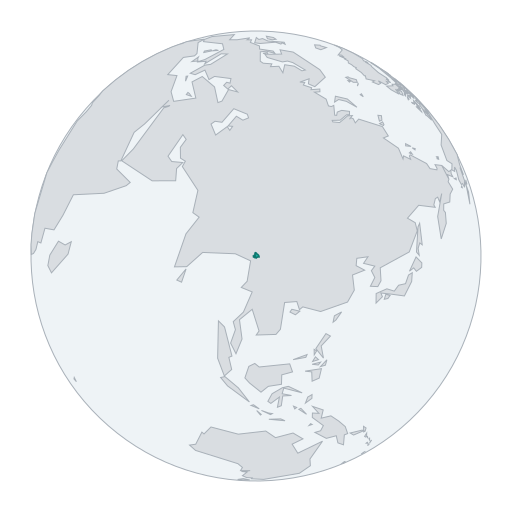 the Earth from above Sylhet, rotated 41°
{"feature_id": "BGD-2488", "entity_name": "Sylhet", "entity_type": "Division", "adm_level": 1, "iso_a3": "BGD", "parent_name": "Bangladesh", "parent_adm1": "", "projection": "orthographic", "projection_center": [91.663, 24.595], "detail": "medium", "context": "on_globe", "style": "filled", "palette": "teal", "viewbox_px": 512, "rotation_deg": 41, "n_neighbors": 0, "source": "natural_earth", "source_scale": "10m", "svg_char_len": 11519}
<svg xmlns="http://www.w3.org/2000/svg" viewBox="0 0 512 512"><g transform="rotate(41 256 256)"><circle cx="256" cy="256" r="225" fill="#eef3f6" stroke="#a8b0b8"/><path d="M341.9,47.7L341.2,47.5L349.7,53.4L359.3,58.6L351.8,55.4L374.5,68.3L383.5,76.6L369.1,65.4L364.4,63.0L368.4,67.3L364.4,65.8L364.1,67.3L359.0,65.4L350.9,59.8L347.5,58.6L350.5,61.8L347.3,62.5L343.4,57.8L337.4,58.7L322.9,50.8L316.4,42.4L304.2,38.9L286.4,33.1L283.8,33.1L275.4,31.8L269.3,31.5L267.8,31.2L264.3,31.4L266.9,31.8L266.2,32.2L262.8,32.2L260.2,31.6L261.5,31.4L259.0,31.3L259.2,31.1L257.2,31.2L254.5,30.8L252.2,31.4L245.8,31.3L245.4,31.1L252.0,30.8L255.2,30.7L273.0,31.4L290.6,33.4L308.1,36.8L325.2,41.6L341.9,47.7ZM367.0,63.1L364.3,60.9L368.3,63.6L367.0,63.1ZM364.9,67.9L366.9,69.1L365.9,69.4L364.9,67.9ZM357.1,67.0L354.9,67.5L355.8,65.9L357.1,67.0ZM252.4,30.7L252.0,30.8L250.0,30.8L252.4,30.7ZM352.6,67.1L347.2,68.9L351.2,71.5L336.8,65.8L346.2,65.8L346.7,63.3L349.2,65.8L352.6,67.1ZM269.1,32.0L266.2,31.5L271.7,31.9L269.1,32.0ZM272.8,32.2L290.8,34.3L293.4,35.5L286.9,34.3L292.8,36.3L285.2,35.8L280.3,34.6L280.1,33.8L277.3,34.3L272.8,32.2ZM329.7,62.6L327.2,62.5L328.3,61.6L329.7,62.6ZM266.3,32.4L269.7,32.5L272.3,33.4L265.9,33.4L267.1,33.1L266.3,32.4ZM298.0,37.2L298.8,38.2L292.9,38.0L292.3,38.4L285.3,35.9L298.0,37.2ZM264.9,32.9L262.6,33.5L258.4,33.2L263.2,32.4L264.9,32.9ZM275.6,33.8L276.5,34.3L273.9,34.0L275.6,33.8ZM242.1,33.2L246.1,32.9L247.7,33.3L242.1,33.2ZM262.1,33.7L263.5,33.9L264.6,34.1L262.3,34.5L262.1,33.7ZM281.6,36.1L279.0,36.0L284.2,37.1L280.0,37.3L276.0,35.7L275.9,36.5L274.6,36.6L272.9,35.3L281.6,36.1ZM263.3,35.7L256.8,34.3L249.0,34.5L247.3,34.1L260.2,33.8L263.3,35.7ZM269.1,35.5L265.1,35.4L265.0,34.7L267.7,34.3L269.1,35.5ZM278.5,38.2L286.0,38.2L286.6,38.6L278.5,38.2ZM261.1,35.8L262.7,36.2L260.5,35.9L261.1,35.8ZM273.2,37.5L275.8,37.4L276.4,37.8L273.2,37.5ZM263.8,37.2L261.7,36.7L263.4,36.3L263.8,37.2ZM268.1,37.4L268.3,38.1L265.3,36.4L269.1,37.3L268.1,37.4ZM273.4,37.9L274.6,38.2L272.2,37.9L273.4,37.9ZM258.4,39.3L254.2,37.4L258.0,36.3L261.6,38.3L258.4,39.3ZM63.3,139.3L74.8,126.2L72.3,132.9L78.6,141.9L78.3,145.3L70.9,153.8L70.4,177.0L78.0,171.7L84.1,187.7L92.4,193.3L107.0,176.3L93.5,166.6L97.7,155.8L113.8,155.6L126.6,165.2L128.7,161.4L126.1,148.4L134.6,144.2L125.8,143.6L125.2,148.5L119.7,148.5L119.9,144.1L123.0,142.6L120.7,138.5L106.9,147.7L104.8,153.7L95.5,149.2L91.1,159.1L86.5,161.2L92.2,145.5L96.0,141.2L101.9,122.3L97.1,126.2L91.2,144.6L90.6,141.8L84.1,148.4L88.5,141.3L96.2,121.2L91.5,117.8L75.7,128.7L75.0,126.4L78.8,119.3L94.4,103.1L94.2,110.1L99.7,105.4L108.2,95.4L107.4,98.7L110.8,95.8L111.6,98.5L120.9,95.2L122.9,97.5L134.5,90.1L137.2,90.6L129.5,94.6L125.3,99.1L131.4,106.2L134.9,105.8L141.9,100.6L142.7,103.6L148.8,97.8L156.1,100.1L152.2,92.8L160.4,87.6L169.2,86.1L171.2,83.3L156.9,85.9L151.9,88.2L148.6,92.2L134.2,98.8L130.4,97.9L142.9,86.8L138.9,84.6L150.3,77.7L181.9,73.5L191.0,75.6L189.3,89.6L182.6,91.7L179.8,87.4L175.0,96.0L178.9,93.0L179.6,95.9L187.6,92.5L188.4,94.4L194.6,88.1L196.5,90.1L192.6,94.0L206.0,91.6L212.2,95.2L214.8,93.8L215.9,91.3L223.0,98.1L224.6,96.9L222.9,94.1L225.1,89.9L231.7,85.5L233.8,88.0L231.7,90.0L230.4,98.3L224.5,103.7L226.0,104.4L231.6,100.4L233.2,90.1L236.6,86.8L236.8,91.4L237.0,89.4L239.3,88.6L243.6,90.4L243.7,85.3L266.5,75.4L277.1,78.6L274.7,83.3L292.8,81.2L303.3,86.3L301.7,83.6L309.3,81.6L306.2,79.9L306.0,78.5L324.1,74.3L330.0,75.9L336.0,72.3L335.2,71.1L331.2,69.6L336.8,65.8L351.2,71.5L352.3,73.9L360.6,76.5L361.9,81.9L366.8,88.1L363.5,93.5L367.7,98.4L370.4,98.9L378.2,106.6L384.6,121.6L367.2,107.0L355.2,87.0L359.0,94.6L354.5,92.4L353.7,95.0L356.7,100.8L359.3,101.7L345.5,111.0L345.5,128.1L354.3,126.4L361.2,131.2L369.0,152.4L357.5,183.4L366.6,192.7L368.0,199.2L362.2,203.8L359.8,194.3L352.7,191.4L352.3,185.7L342.0,191.0L341.0,183.1L333.6,191.6L337.9,197.6L347.3,195.4L341.3,207.0L352.6,217.3L355.3,230.7L341.2,255.5L324.7,263.7L324.0,268.0L316.7,263.6L308.1,272.3L322.5,295.3L322.5,302.1L308.0,315.5L307.5,310.6L288.1,298.7L285.3,314.9L299.9,327.8L305.0,342.9L294.0,338.4L288.8,325.1L281.9,320.5L283.3,306.6L276.7,285.6L265.5,289.4L265.9,280.9L255.1,263.2L238.9,267.9L213.4,288.3L210.7,309.5L201.6,317.7L188.6,285.2L187.6,264.0L179.9,264.7L169.1,244.6L141.7,236.8L140.5,230.8L134.8,231.7L127.6,223.6L126.8,213.8L121.2,212.4L124.1,238.4L130.4,240.0L139.4,233.5L138.7,242.1L146.0,251.9L128.3,267.4L92.2,272.2L93.2,255.8L89.2,204.7L91.9,200.4L92.0,199.9L92.3,198.8L87.2,205.3L88.1,195.6L85.3,229.4L82.9,242.6L91.6,272.9L89.7,274.6L93.8,281.7L112.8,283.0L111.9,288.1L100.2,308.3L78.0,329.6L83.6,352.0L86.4,368.8L78.5,373.5L85.1,387.3L81.9,388.3L85.6,395.4L86.4,400.1L85.4,402.2L78.7,395.0L72.8,387.0L72.2,386.3L61.0,368.8L43.5,330.3L40.5,317.7L37.8,305.1L32.5,271.6L33.3,258.3L33.1,250.1L32.0,247.7L32.3,238.0L32.1,235.3L32.0,231.7L34.4,215.5L37.9,199.5L42.6,183.8L48.4,168.5L55.3,153.6L63.3,139.3ZM61.9,142.4L59.7,146.0L61.9,142.4ZM135.5,185.9L146.2,191.2L149.4,177.2L153.8,178.4L153.3,173.5L149.6,176.2L149.5,163.4L157.0,162.1L159.8,156.6L156.4,154.7L142.6,159.4L142.6,177.4L136.7,181.2L135.5,185.9ZM128.9,79.3L126.4,82.2L122.1,84.5L119.6,83.3L125.8,79.7L128.9,79.3ZM124.0,85.9L137.0,76.2L139.1,77.1L135.7,78.1L135.8,79.7L130.4,81.9L119.6,93.0L115.1,95.9L112.9,90.9L116.1,90.7L118.3,87.6L124.0,85.9ZM166.7,55.1L172.4,52.5L169.6,57.8L164.6,59.8L161.7,58.2L166.0,54.9L166.7,55.1ZM236.4,31.8L238.7,31.5L239.5,31.6L238.0,31.8L236.4,31.8ZM236.8,31.5L232.8,31.9L232.5,32.2L234.2,32.2L243.5,31.9L256.5,31.6L258.2,32.3L256.1,33.0L253.2,33.2L253.0,32.5L249.4,33.3L246.8,32.5L243.8,33.0L226.8,33.5L228.7,33.1L216.5,34.7L216.6,34.3L224.5,33.1L215.7,34.4L236.8,31.5ZM229.7,48.3L230.5,46.0L222.9,50.1L220.3,48.2L219.6,48.9L215.1,48.4L208.4,49.2L208.2,48.1L205.6,48.9L202.6,48.9L199.1,49.7L197.5,48.3L193.0,49.3L194.8,48.1L187.6,50.4L192.2,48.2L188.7,48.3L186.1,50.4L185.9,43.9L182.2,43.9L176.6,45.4L185.4,42.1L196.2,39.1L206.7,37.2L209.0,38.1L212.5,36.8L214.6,37.0L211.0,37.9L217.9,36.7L218.7,37.2L228.0,37.3L237.6,35.9L241.2,36.2L237.9,37.1L243.9,36.8L240.0,38.7L242.6,39.1L241.3,41.7L233.4,43.5L236.8,43.9L236.0,46.2L229.7,48.3ZM257.8,40.0L248.9,41.9L243.1,42.1L247.7,37.7L246.0,37.1L248.7,34.9L257.1,34.9L255.5,35.5L255.9,36.1L253.2,35.8L255.7,36.5L253.6,37.4L255.1,38.2L251.8,38.6L257.8,40.0ZM82.0,143.5L82.5,145.2L84.2,146.9L80.1,151.3L82.0,143.5ZM86.9,129.8L88.0,130.3L83.1,136.7L82.6,135.2L86.9,129.8ZM92.8,125.5L88.4,129.9L90.5,126.6L92.8,125.5ZM131.0,95.1L132.6,95.7L131.1,97.1L128.3,98.4L131.0,95.1ZM206.5,62.3L207.9,60.4L209.4,60.3L216.0,57.1L218.5,58.5L215.4,61.1L206.5,62.3ZM102.4,177.9L97.5,179.9L97.3,177.2L99.0,177.1L102.4,177.9ZM86.4,165.0L88.1,170.3L85.3,166.2L86.4,165.0ZM210.2,63.3L212.7,61.7L212.4,63.5L210.2,63.3ZM220.6,59.5L221.0,61.3L219.5,58.3L220.6,59.5ZM198.5,466.9L202.9,468.7L199.3,468.2L198.5,466.9ZM112.9,377.9L112.7,402.9L105.2,399.8L99.8,390.6L97.2,374.4L104.7,372.9L107.2,366.4L112.9,377.9ZM357.9,372.2L363.9,372.1L363.7,373.1L357.9,372.2ZM351.7,369.9L358.7,369.2L350.3,372.0L351.7,369.9ZM361.4,369.0L368.6,366.2L371.7,364.2L371.0,366.2L361.4,369.0ZM346.8,370.5L319.8,372.7L309.0,370.9L311.7,367.4L329.2,367.1L346.8,370.5ZM310.8,367.3L294.1,358.3L270.2,329.6L278.8,330.2L303.5,347.3L302.0,350.3L312.1,357.6L310.8,367.3ZM350.8,346.3L349.1,355.5L334.4,356.1L327.6,355.3L323.0,344.0L325.6,337.9L331.2,337.7L352.2,315.3L359.6,319.5L353.4,328.8L359.4,336.1L350.8,346.3ZM211.7,311.6L217.0,324.6L212.0,326.1L211.7,311.6ZM360.1,299.8L352.0,309.9L359.2,296.9L360.1,299.8ZM364.0,287.8L364.8,292.4L361.1,288.3L364.0,287.8ZM324.3,274.5L318.4,276.0L318.0,272.7L325.3,268.9L324.3,274.5ZM357.3,242.0L358.3,251.9L357.6,255.4L354.4,249.7L357.3,242.0ZM234.6,77.5L222.7,80.0L215.7,83.7L214.3,88.3L211.1,83.3L221.9,77.6L234.6,77.5ZM262.4,75.1L263.5,71.7L266.4,72.9L266.6,73.9L262.4,75.1ZM260.7,73.3L255.7,69.8L258.6,67.8L261.9,70.9L260.7,73.3ZM232.5,65.4L228.8,65.9L229.1,64.4L232.5,65.4ZM388.7,436.7L392.5,432.3L398.3,429.1L392.5,434.2L388.7,436.7ZM378.6,424.6L337.9,442.4L329.9,442.3L334.0,437.6L330.7,424.4L333.5,424.4L334.2,414.6L359.5,402.1L378.2,381.7L389.9,380.3L400.1,365.3L411.4,363.2L406.7,374.3L416.9,377.4L427.7,352.1L429.9,373.8L434.6,378.6L431.3,391.5L408.3,419.6L398.7,427.1L398.7,426.0L394.2,429.4L389.9,430.7L391.0,424.9L386.4,428.2L392.4,421.8L385.1,428.2L384.5,424.5L378.6,424.6ZM457.6,353.1L458.2,352.8L458.0,355.1L457.0,356.0L457.6,353.1ZM465.8,334.6L465.8,335.5L465.3,336.5L465.8,334.6ZM465.6,334.5L466.7,331.6L466.0,334.0L465.6,334.5ZM464.0,325.9L464.8,324.1L464.9,324.9L464.0,325.9ZM372.8,370.8L381.5,362.7L386.0,361.3L372.8,370.8ZM463.5,323.9L461.9,325.0L462.2,323.5L463.5,323.9ZM463.9,320.8L464.0,319.0L464.4,322.6L463.9,320.8ZM461.2,318.9L462.9,320.8L460.9,319.5L461.2,318.9ZM459.9,320.2L458.5,319.7L458.6,319.1L459.9,320.2ZM440.0,333.0L445.9,341.1L440.4,343.3L434.5,339.0L428.7,347.5L416.2,350.5L419.4,345.5L418.1,339.8L404.4,340.9L401.6,337.5L406.7,333.5L397.3,332.4L407.7,328.1L411.6,335.6L417.4,327.5L426.7,326.3L435.3,326.2L441.7,329.9L440.0,333.0ZM407.2,346.7L408.9,346.3L407.2,349.2L407.2,346.7ZM455.7,317.0L457.8,319.6L457.4,320.8L456.3,320.9L455.7,317.0ZM443.2,327.8L450.3,317.8L451.9,317.2L447.1,327.1L443.2,327.8ZM448.9,314.0L451.9,313.6L453.3,316.7L452.7,318.1L448.9,314.0ZM386.1,343.6L385.6,346.0L382.8,344.7L386.1,343.6ZM389.8,341.5L398.0,342.3L388.9,343.6L389.8,341.5ZM363.6,337.5L366.1,342.8L374.3,338.0L368.0,344.1L373.3,352.4L371.4,356.1L366.2,347.1L363.9,357.5L360.3,357.9L358.5,349.4L362.3,338.1L366.0,333.1L380.6,329.0L363.6,337.5ZM389.8,334.6L387.6,328.5L389.2,323.8L391.6,326.8L389.8,334.6ZM380.5,313.7L374.1,306.9L368.6,310.7L379.3,298.1L383.8,306.7L380.5,313.7ZM374.5,297.4L369.4,300.9L374.4,293.7L374.5,297.4ZM367.9,298.5L367.0,293.1L371.2,293.2L367.9,298.5ZM377.2,297.2L377.6,287.8L380.0,292.9L377.2,297.2ZM364.2,281.1L373.9,288.8L361.9,286.6L359.7,268.7L364.7,267.6L364.2,281.1ZM381.2,204.5L379.1,199.7L383.1,197.8L383.4,201.6L381.2,204.5ZM394.2,188.8L383.5,195.8L374.5,202.0L378.1,203.8L377.5,212.8L371.3,205.5L376.3,194.9L383.4,191.8L382.8,184.5L387.0,178.8L383.6,170.3L384.9,166.1L390.2,173.1L394.2,188.8ZM381.8,166.8L377.4,151.7L385.7,152.4L388.5,155.9L387.1,162.3L382.8,161.5L381.8,166.8ZM378.7,148.4L374.5,147.7L359.2,127.8L358.0,123.9L374.1,138.5L371.0,138.7L373.3,143.8L378.7,148.4ZM328.9,63.8L327.4,62.6L329.9,63.4L328.9,63.8ZM304.1,77.6L304.3,75.9L307.2,76.6L304.1,77.6ZM306.4,71.6L302.9,71.9L305.7,70.5L306.4,71.6ZM295.2,73.1L301.1,71.6L296.7,74.7L295.2,73.1Z" fill="#d9dde1" stroke="#a8b0b8" stroke-width="1"/><path d="M257.7,256.2L257.6,256.3L257.6,256.6L257.5,256.8L257.4,256.9L257.0,256.9L257.1,257.0L256.9,257.0L256.9,257.3L256.8,257.7L256.7,257.7L256.2,257.4L256.2,257.5L256.2,257.8L256.0,257.7L255.9,257.5L255.8,257.8L255.6,258.0L255.3,258.0L255.1,257.9L254.9,257.9L254.9,258.0L254.8,258.4L254.7,258.4L254.7,258.2L254.6,257.9L254.6,257.7L254.8,257.6L254.6,257.6L254.8,257.4L254.7,257.4L254.6,257.5L254.2,257.3L254.3,257.1L254.5,257.0L254.4,256.9L254.5,256.8L254.4,256.7L254.5,256.6L254.4,256.5L254.3,256.4L254.5,256.1L254.4,256.1L254.3,255.9L254.4,255.7L254.2,255.6L254.2,255.3L254.2,255.1L254.1,254.9L253.7,254.9L253.3,254.5L253.4,254.3L253.4,254.2L253.4,253.8L253.6,253.7L254.1,253.7L254.4,253.7L254.5,253.6L255.2,253.9L255.4,253.9L255.5,253.8L255.8,253.9L256.0,253.9L256.2,253.7L256.5,253.8L256.8,253.7L257.0,253.7L257.3,253.7L257.5,253.8L257.8,253.9L257.9,254.0L258.0,254.1L258.3,254.1L258.6,254.3L258.8,254.6L259.0,254.8L258.9,254.9L258.6,255.0L258.2,254.8L258.0,255.1L258.0,255.3L257.9,255.8L257.8,256.1L257.7,256.2Z" fill="#14b8a6" stroke="#0f766e" stroke-width="1.5"/></g></svg>